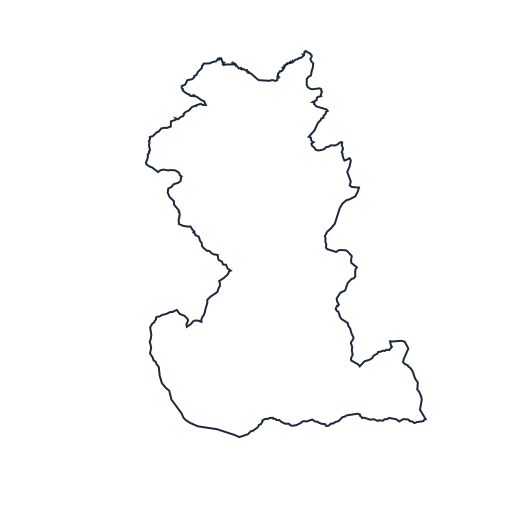 outline of Nyanza, Southern, Rwanda, rotated 76°
{"feature_id": "39286606B66592032419282", "entity_name": "Nyanza", "entity_type": "district", "adm_level": 2, "iso_a3": "RWA", "parent_name": "Rwanda", "parent_adm1": "Southern", "projection": "robinson", "projection_center": [29.757, -2.344], "detail": "fine", "context": "isolated", "style": "outline", "palette": "slate", "viewbox_px": 512, "rotation_deg": 76, "n_neighbors": 0, "source": "geoboundaries", "source_scale": "gbopen_adm2", "svg_char_len": 6035}
<svg xmlns="http://www.w3.org/2000/svg" viewBox="0 0 512 512"><g transform="rotate(76 256 256)"><path d="M455.5,130.8L444.8,134.1L435.6,129.9L431.6,129.8L427.0,130.6L424.5,131.8L418.0,129.6L413.4,131.3L406.1,131.9L402.5,133.0L400.0,135.0L398.9,135.1L396.5,138.0L394.5,139.0L391.8,137.6L382.7,130.6L375.2,132.4L373.5,135.3L372.0,144.2L371.2,146.6L375.8,146.7L376.9,146.1L379.5,149.6L378.5,152.1L379.3,153.9L378.6,155.8L379.0,158.4L378.7,160.7L380.0,161.7L381.3,166.2L383.3,168.1L384.2,171.4L384.4,176.2L388.2,182.0L386.0,183.0L380.4,188.9L378.6,188.7L374.9,186.0L370.9,185.9L367.8,184.7L363.6,185.0L362.6,184.6L360.3,181.8L358.5,181.1L354.7,182.0L349.1,182.2L346.1,183.4L343.3,183.2L337.6,188.5L334.6,189.3L330.2,189.5L328.4,191.1L326.2,191.4L323.9,189.2L324.2,188.5L323.2,187.4L319.6,188.3L316.7,188.0L312.0,182.9L311.2,178.5L310.5,177.5L304.4,173.6L301.4,168.9L301.3,166.5L299.8,164.6L295.2,163.6L292.8,162.5L291.4,160.9L285.7,165.2L283.1,164.8L279.2,163.1L273.1,166.4L272.1,167.8L270.6,172.7L270.5,174.7L271.5,177.2L266.5,185.3L264.6,186.1L262.0,185.0L258.3,185.2L255.7,184.2L253.4,184.4L249.8,181.2L247.0,176.1L243.7,171.7L229.9,163.2L226.0,159.4L223.7,154.6L223.7,152.0L222.2,145.3L218.5,142.0L214.5,139.5L212.3,146.2L210.3,148.0L206.6,146.0L196.4,147.1L191.9,143.6L186.6,141.0L184.5,141.1L183.6,141.9L184.2,142.7L184.8,147.1L182.7,147.5L178.9,147.7L177.7,147.2L176.2,147.8L173.0,145.6L169.0,145.9L166.7,144.9L166.1,145.6L166.4,147.9L167.4,149.5L167.9,152.4L166.7,156.9L167.6,159.2L167.2,161.4L168.6,163.6L169.0,165.5L168.7,170.1L167.2,172.6L165.8,172.7L162.4,175.0L160.5,175.1L159.5,172.7L159.0,173.5L157.3,174.4L154.3,174.2L153.1,176.0L148.4,169.0L141.9,163.8L139.5,160.0L138.5,159.5L138.1,157.0L136.5,156.7L134.7,153.8L133.2,153.4L132.5,151.3L130.8,152.2L125.5,161.2L122.5,162.9L121.2,162.1L120.4,163.8L119.3,159.3L117.3,158.8L116.6,157.4L116.7,154.0L114.9,154.0L112.8,152.3L111.7,152.8L110.0,152.3L108.7,153.7L107.9,160.6L107.1,162.7L104.8,164.8L102.3,165.4L96.7,164.0L94.8,161.7L94.2,159.1L89.1,156.8L87.9,155.7L83.0,153.9L80.2,155.4L78.0,155.6L76.0,153.7L74.7,153.5L73.8,154.3L73.0,154.2L69.1,158.4L69.9,159.8L70.8,159.8L72.1,160.8L71.9,161.7L73.0,161.1L74.6,164.2L74.2,166.1L75.0,167.4L75.2,170.5L76.8,173.4L76.0,173.6L76.8,174.2L76.6,175.2L75.9,175.5L76.1,176.0L77.1,176.0L76.5,178.8L77.4,179.1L77.2,180.2L77.8,180.5L78.0,182.4L79.1,182.2L80.4,183.4L79.5,184.1L79.6,184.7L81.3,184.6L82.3,185.4L82.8,186.6L82.5,188.3L83.6,188.8L84.2,190.4L85.8,191.0L86.8,190.7L86.8,191.6L88.0,192.1L88.5,191.3L88.7,192.2L90.4,192.8L90.9,194.4L89.2,197.7L89.2,200.8L86.3,210.1L85.4,211.4L77.6,216.8L77.0,218.0L76.0,218.4L76.3,219.2L75.1,219.3L74.8,220.3L73.5,219.9L73.6,220.8L71.4,223.2L71.6,224.5L70.8,224.7L70.7,225.3L69.8,225.2L69.8,227.4L64.5,229.7L64.4,230.1L65.1,230.3L63.6,231.0L64.5,231.2L63.6,232.2L64.3,232.2L64.4,232.9L62.8,239.1L62.9,241.3L61.8,241.8L61.3,241.0L60.7,241.3L60.4,240.5L59.8,241.6L55.9,241.9L56.2,243.1L55.5,243.3L55.8,243.7L55.3,244.5L56.2,244.8L55.6,245.3L57.4,247.7L57.3,251.4L57.9,254.0L56.7,260.3L58.0,261.3L58.2,262.2L60.5,263.1L63.5,268.1L65.9,269.9L66.4,272.4L67.5,272.5L69.0,275.2L68.8,280.1L72.6,283.3L73.1,286.9L75.2,287.5L76.5,286.5L77.5,287.0L80.0,285.4L82.9,282.5L83.0,281.8L84.5,281.1L85.2,279.9L84.9,277.6L85.9,277.9L86.2,276.2L87.6,274.6L91.7,271.1L93.2,269.0L97.3,268.1L96.5,271.1L95.0,272.9L95.2,277.0L96.0,277.7L95.5,278.6L96.1,282.3L98.6,286.0L99.2,289.3L100.7,292.0L101.5,291.8L102.8,293.2L102.7,295.1L104.5,298.5L103.0,300.7L103.8,300.4L104.4,301.2L104.8,306.0L109.8,307.4L110.2,312.0L109.5,313.4L109.3,317.1L111.8,320.4L111.7,321.9L114.7,327.1L114.9,330.3L117.0,330.6L118.8,332.2L119.9,331.8L122.4,333.0L127.8,333.3L128.6,334.5L130.2,334.8L131.2,336.5L132.9,336.6L135.8,338.0L138.6,340.2L140.7,340.1L143.9,337.1L144.7,335.6L150.9,330.7L149.7,328.1L149.8,324.8L151.8,320.3L151.8,318.5L153.4,313.6L156.7,310.5L159.3,310.3L160.8,308.9L162.5,310.3L163.4,310.2L165.2,311.3L166.1,313.5L166.4,318.3L168.7,321.7L169.3,324.8L173.1,326.3L177.8,325.6L183.0,322.4L186.4,323.1L193.2,319.8L194.4,320.3L194.7,319.8L197.7,320.0L198.9,320.9L200.0,320.9L201.2,322.0L206.3,323.1L209.1,319.4L210.8,315.6L211.5,312.5L215.6,311.1L217.2,310.0L218.0,311.0L218.8,310.1L221.1,309.7L223.3,306.9L228.3,306.5L230.0,305.5L232.9,306.0L234.9,305.4L239.1,302.3L239.5,300.7L240.3,299.7L242.8,298.3L244.4,296.1L245.7,292.9L249.8,293.4L251.2,292.9L253.2,290.4L256.3,290.0L257.2,287.3L261.4,286.5L264.1,284.1L264.4,285.8L267.1,287.9L269.5,292.4L271.4,297.8L273.6,297.6L276.5,298.3L278.3,300.2L281.6,302.2L284.5,310.1L286.8,313.9L289.8,314.6L296.5,318.6L298.0,319.0L301.3,321.6L302.2,322.9L304.3,324.3L306.7,324.9L304.7,327.8L303.8,331.3L304.1,332.6L306.3,335.7L308.0,340.2L305.4,340.0L302.3,337.6L300.8,337.5L296.7,339.9L293.7,344.1L289.2,345.9L290.1,350.7L289.6,352.6L290.5,357.1L290.6,362.1L291.4,364.1L291.0,366.9L291.7,368.0L293.3,368.3L294.4,369.9L295.5,370.5L296.6,373.0L299.7,376.0L307.5,376.7L311.6,378.5L313.3,379.8L319.3,379.8L324.9,382.4L329.6,380.8L332.4,380.7L334.6,378.8L336.4,378.8L340.3,377.2L348.6,378.4L356.5,378.1L361.7,375.7L365.7,372.8L374.9,372.8L390.4,366.4L395.6,365.4L398.3,363.8L401.9,360.4L407.2,353.6L414.6,335.8L424.2,320.5L427.7,315.9L427.0,307.0L424.7,303.2L425.0,301.8L422.7,295.8L420.6,294.0L420.3,291.9L418.0,289.6L417.0,289.5L416.3,286.1L417.0,284.2L416.5,281.9L417.1,278.7L418.2,278.5L418.7,276.6L420.2,275.8L420.8,273.1L422.9,271.7L425.6,268.6L426.9,264.4L428.5,263.7L429.5,262.0L429.9,257.9L428.8,252.7L427.9,251.5L427.8,249.4L428.8,247.1L428.3,241.0L431.2,238.4L431.6,236.3L432.8,235.6L434.9,232.5L435.8,229.7L437.9,229.1L438.2,226.6L436.8,223.7L437.2,221.5L436.2,218.8L436.2,215.8L433.3,211.2L433.3,208.6L432.6,206.2L433.6,195.7L434.9,193.5L436.1,193.8L437.6,192.6L438.9,192.3L439.1,190.1L442.4,184.9L443.1,180.7L445.5,177.8L445.1,176.5L446.5,172.7L445.5,170.7L446.0,168.4L445.3,166.1L448.2,159.6L451.2,157.0L449.9,152.6L451.3,148.3L452.0,147.3L453.4,146.9L454.3,144.5L456.5,142.7L456.1,140.0L456.7,133.6L455.4,132.1L455.5,130.8Z" fill="none" stroke="#1e293b" stroke-width="2"/></g></svg>